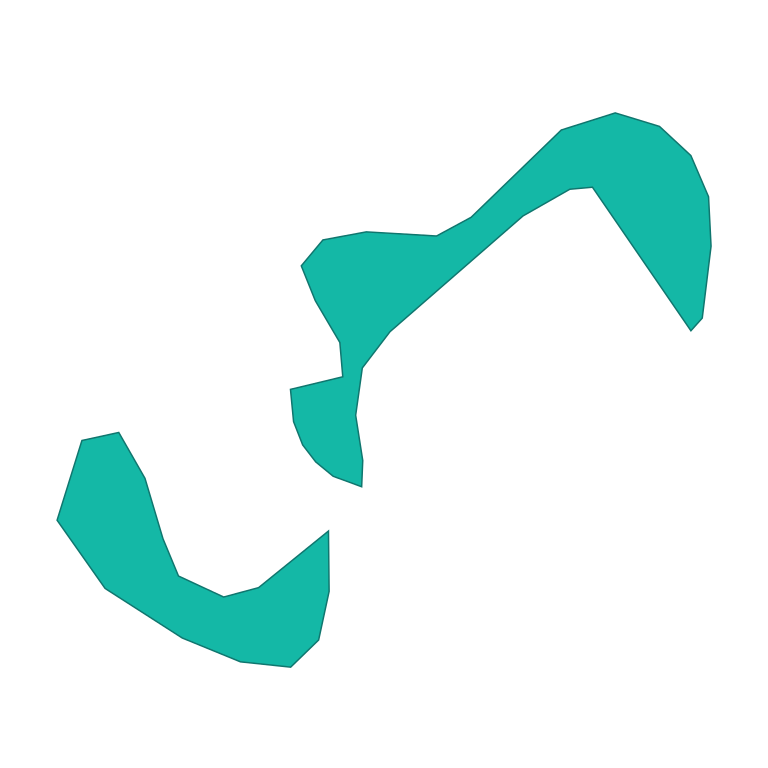 an SVG outline of Koror, rotated 185°
{"feature_id": "PLW-5249", "entity_name": "Koror", "entity_type": "state/province", "adm_level": 1, "iso_a3": "PLW", "parent_name": "Palau", "parent_adm1": "", "projection": "natural_earth1", "projection_center": [134.442, 7.291], "detail": "fine", "context": "isolated", "style": "filled", "palette": "teal", "viewbox_px": 768, "rotation_deg": 185, "n_neighbors": 0, "source": "natural_earth", "source_scale": "10m", "svg_char_len": 716}
<svg xmlns="http://www.w3.org/2000/svg" viewBox="0 0 768 768"><g transform="rotate(185 384 384)"><path d="M476.7,370.5L425.7,387.6L431.6,421.5L459.7,461.0L476.7,494.5L457.4,522.2L414.9,534.0L344.6,536.0L311.7,557.7L229.5,652.5L177.3,674.2L132.0,664.6L98.2,638.3L77.0,598.8L70.2,549.8L72.7,477.4L82.9,463.8L193.5,598.2L215.9,594.2L260.1,563.6L382.6,436.6L407.0,398.1L409.5,350.4L398.5,305.9L397.3,279.7L426.5,287.6L445.2,300.4L459.7,316.2L470.8,338.6L476.7,370.5ZM502.8,94.7L562.9,113.4L644.0,156.0L697.8,219.8L680.0,301.4L644.0,312.6L613.9,269.2L590.7,210.6L572.0,174.8L525.2,157.8L491.2,170.2L426.5,232.7L420.6,172.6L426.8,123.3L452.3,93.8L502.8,94.7Z" fill="#14b8a6" stroke="#0f766e" stroke-width="1.5"/></g></svg>